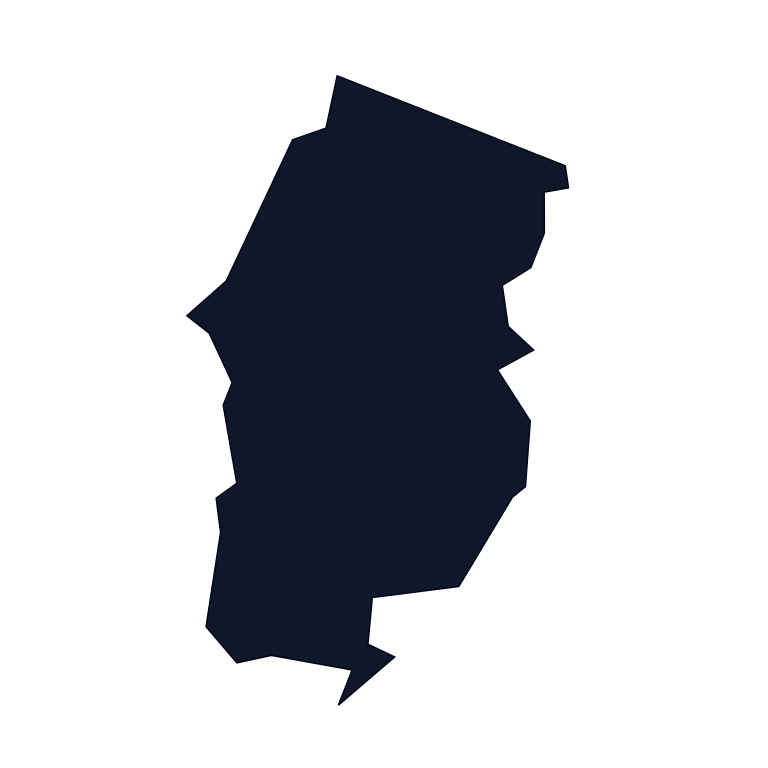 outline of Powell, Kentucky, United States of America, rotated 262°
{"feature_id": "52423323B38899235476803", "entity_name": "Powell", "entity_type": "district", "adm_level": 2, "iso_a3": "USA", "parent_name": "United States of America", "parent_adm1": "Kentucky", "projection": "natural_earth1", "projection_center": [-83.843, 37.824], "detail": "fine", "context": "isolated", "style": "filled", "palette": "ink", "viewbox_px": 768, "rotation_deg": 262, "n_neighbors": 0, "source": "geoboundaries", "source_scale": "gbopen_adm2", "svg_char_len": 566}
<svg xmlns="http://www.w3.org/2000/svg" viewBox="0 0 768 768"><g transform="rotate(262 384 384)"><path d="M479.0,198.3L458.6,218.0L406.5,233.8L385.4,221.8L306.2,224.4L294.3,201.9L259.8,201.5L168.4,174.0L128.3,199.5L130.9,234.7L105.2,312.6L72.3,294.1L112.2,356.6L128.5,331.9L174.2,342.7L173.1,429.9L254.0,495.4L262.7,509.8L327.0,523.7L382.2,498.3L396.8,536.9L423.8,515.0L465.2,514.9L478.8,545.6L511.1,563.8L551.7,569.4L552.6,594.0L574.8,593.9L695.7,380.5L645.5,362.2L638.6,327.5L508.0,242.1L479.0,198.3Z" fill="#0f172a" stroke="#020617" stroke-width="1.5"/></g></svg>